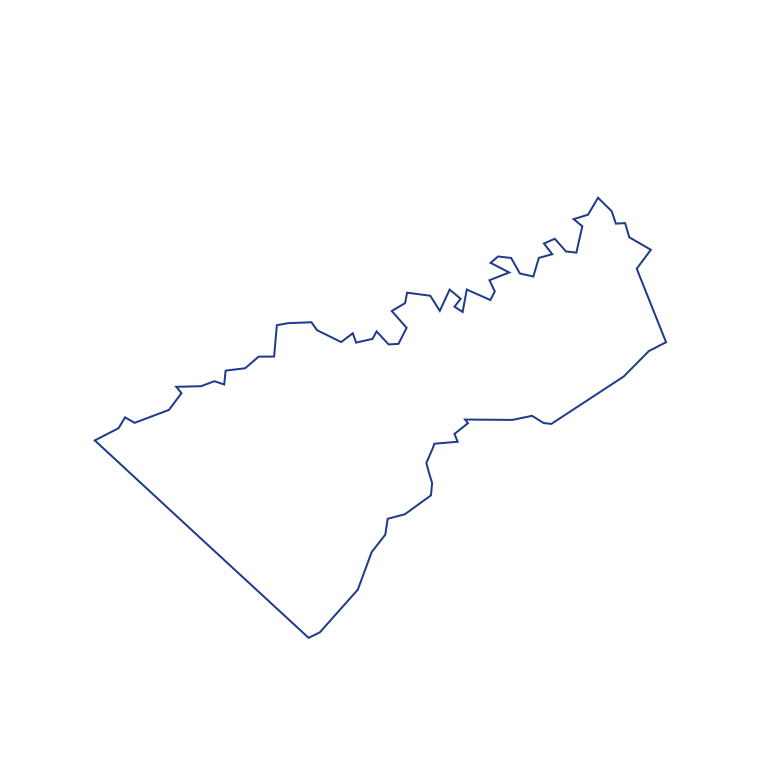 Hanover, Virginia, United States of America (Equal Earth projection), rotated 296°
{"feature_id": "52423323B54139086125962", "entity_name": "Hanover", "entity_type": "district", "adm_level": 2, "iso_a3": "USA", "parent_name": "United States of America", "parent_adm1": "Virginia", "projection": "equal_earth", "projection_center": [-77.399, 37.773], "detail": "fine", "context": "isolated", "style": "outline", "palette": "blue", "viewbox_px": 768, "rotation_deg": 296, "n_neighbors": 0, "source": "geoboundaries", "source_scale": "gbopen_adm2", "svg_char_len": 1210}
<svg xmlns="http://www.w3.org/2000/svg" viewBox="0 0 768 768"><g transform="rotate(296 384 384)"><path d="M240.5,165.9L228.0,164.8L206.5,148.8L163.5,291.6L122.8,427.5L132.7,435.2L187.7,450.6L227.5,446.6L249.2,451.2L264.5,446.4L276.0,459.8L304.5,475.0L316.0,470.7L325.1,462.3L331.6,456.7L349.1,455.9L352.3,455.3L364.4,475.5L370.0,469.2L385.5,476.6L387.6,472.5L408.1,515.3L420.3,531.0L418.9,544.6L421.5,551.9L495.9,596.2L529.7,607.6L545.2,619.2L598.4,560.6L621.6,565.0L623.4,540.1L634.3,530.2L629.8,522.1L639.1,512.9L645.2,494.7L625.7,493.2L615.3,482.2L612.7,493.1L586.4,499.3L582.9,489.5L589.4,473.8L580.4,466.2L574.4,478.3L565.2,467.9L546.1,471.1L542.9,457.7L553.0,443.0L548.6,430.6L539.6,426.7L539.1,447.6L523.5,433.3L515.8,443.0L506.1,442.8L505.2,417.0L483.2,423.1L484.4,413.5L494.2,415.5L497.6,401.6L474.2,402.1L483.6,386.9L476.2,364.7L466.0,367.5L453.0,359.0L444.4,379.7L426.4,379.4L421.6,370.8L428.0,354.3L419.5,353.9L409.0,340.8L415.9,333.7L402.9,327.1L403.0,300.2L407.7,291.7L396.6,271.1L389.9,261.9L360.5,273.2L353.6,259.3L337.3,252.3L326.6,235.8L313.5,240.6L312.2,230.4L301.8,220.5L290.4,198.5L287.0,206.0L266.5,202.1L239.8,176.9L240.5,165.9Z" fill="none" stroke="#1e3a8a" stroke-width="2"/></g></svg>